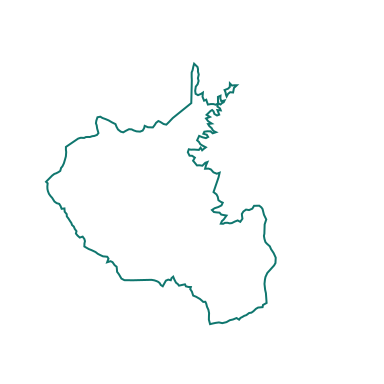 Pedregulho, São Paulo, Brazil, rotated 38°
{"feature_id": "56859067B25451774631659", "entity_name": "Pedregulho", "entity_type": "district", "adm_level": 2, "iso_a3": "BRA", "parent_name": "Brazil", "parent_adm1": "São Paulo", "projection": "albers", "projection_center": [-47.446, -20.16], "detail": "fine", "context": "isolated", "style": "outline", "palette": "teal", "viewbox_px": 384, "rotation_deg": 38, "n_neighbors": 0, "source": "geoboundaries", "source_scale": "gbopen_adm2", "svg_char_len": 4335}
<svg xmlns="http://www.w3.org/2000/svg" viewBox="0 0 384 384"><g transform="rotate(38 192 192)"><path d="M318.5,239.3L317.5,237.3L319.1,233.5L312.5,226.2L309.8,224.0L305.7,219.8L303.4,216.1L302.2,213.7L301.2,209.4L301.9,199.3L301.5,196.6L298.4,192.2L294.0,189.9L292.0,189.2L289.5,188.4L286.8,186.9L282.5,186.6L280.6,186.2L277.9,184.3L275.7,182.3L274.7,180.3L269.2,172.8L267.4,167.9L262.7,165.6L258.1,162.0L256.1,161.4L253.4,161.4L249.4,164.7L249.8,168.0L248.1,171.1L245.4,172.6L244.5,175.8L244.8,178.6L246.2,180.1L248.2,182.0L248.4,185.8L245.5,186.3L243.9,189.0L242.5,192.0L241.0,193.5L238.9,194.4L237.0,196.0L236.1,197.9L234.2,199.2L233.5,196.6L233.9,194.1L233.7,189.3L230.9,190.8L228.9,191.8L226.4,191.3L224.0,192.9L221.6,194.3L218.8,193.9L219.8,190.9L222.0,187.6L223.5,184.4L222.8,181.5L220.8,182.0L217.9,182.2L215.2,179.9L212.8,178.8L209.0,178.8L203.9,164.1L201.9,159.8L200.3,162.3L196.8,163.3L194.7,162.9L192.9,162.6L190.6,163.4L188.0,165.6L186.6,162.3L185.7,158.9L184.5,160.8L184.0,164.9L181.7,166.2L179.5,168.0L176.1,167.2L173.6,166.7L173.1,163.2L169.8,163.4L167.7,164.9L164.2,163.2L163.2,160.3L165.1,159.3L167.5,157.3L171.5,154.6L171.5,151.8L174.3,152.9L174.7,150.8L175.4,148.3L171.5,149.0L169.0,149.2L166.8,148.3L164.2,148.1L163.7,145.8L163.1,143.4L166.6,142.4L169.8,141.0L170.8,138.7L168.4,137.8L165.1,139.1L164.6,136.9L166.6,134.8L169.2,132.8L172.2,133.0L174.1,130.1L171.9,130.6L170.0,130.4L168.2,129.6L165.1,129.4L162.8,128.6L165.4,125.9L161.3,126.3L157.8,125.4L159.9,121.8L156.0,122.2L156.4,119.3L156.7,116.9L157.4,115.0L159.3,115.2L161.6,116.7L164.6,116.3L165.8,114.3L163.8,113.1L161.6,111.8L164.4,110.0L162.6,108.9L159.4,109.0L158.0,106.2L157.0,108.6L154.8,109.5L152.6,111.2L150.7,113.3L148.3,111.8L146.4,110.5L145.3,112.6L141.7,110.5L139.4,107.0L138.7,109.1L137.1,112.0L134.4,112.4L132.2,110.3L130.1,106.6L130.1,103.6L128.8,100.4L126.6,98.7L125.0,95.3L122.6,93.5L121.1,91.5L119.4,90.1L114.7,89.6L115.9,92.5L117.5,95.7L118.1,97.9L119.3,99.5L120.8,101.4L123.1,104.1L136.7,122.4L131.3,145.6L130.8,150.9L130.3,154.7L127.8,155.9L123.8,156.3L121.8,156.8L121.1,159.6L121.4,162.4L121.4,165.2L119.5,166.6L117.4,168.1L114.0,169.0L115.0,171.3L115.3,174.0L113.9,176.4L110.9,178.4L108.0,179.4L105.9,179.8L103.7,181.3L102.2,184.5L101.1,187.3L98.7,188.3L95.2,188.3L92.4,187.1L89.9,185.6L86.1,186.4L82.2,186.9L78.9,187.8L75.9,188.8L73.4,189.1L71.5,191.3L72.7,194.7L74.0,197.0L75.8,198.1L78.2,200.4L80.3,201.9L82.0,203.2L82.0,205.5L80.5,208.0L79.0,209.5L77.7,211.5L76.1,212.7L74.6,214.0L73.7,215.8L70.9,217.8L69.4,220.0L64.9,234.1L66.6,236.3L68.3,238.0L70.7,241.6L72.1,245.0L73.4,248.3L74.1,251.6L74.0,253.6L75.2,256.5L74.5,258.6L73.5,260.8L72.4,262.5L71.7,265.2L71.4,267.8L71.0,271.2L70.7,273.8L72.9,274.0L74.6,276.7L76.2,278.6L77.9,280.0L80.4,281.5L83.1,282.3L85.4,282.7L89.5,284.2L92.2,284.1L94.7,283.1L97.1,284.0L99.6,285.5L101.6,283.5L103.8,285.9L106.9,286.6L108.4,288.3L111.1,289.0L113.5,289.9L116.0,290.7L117.9,291.9L120.1,292.0L122.4,293.3L125.1,294.0L126.1,296.2L128.6,296.8L131.6,297.0L133.3,294.5L136.1,295.3L137.9,296.6L138.9,298.7L140.7,301.2L143.1,300.9L145.8,300.5L148.5,299.7L152.9,298.7L155.8,298.7L158.5,298.2L161.5,297.5L163.3,296.3L165.1,295.2L167.2,295.9L168.4,299.6L170.4,296.7L172.5,296.2L176.1,297.3L178.6,297.3L180.0,298.7L182.1,301.0L185.0,301.8L189.7,303.7L193.0,303.1L199.7,298.0L214.1,286.2L216.7,284.8L219.0,284.0L220.8,283.6L222.7,283.7L224.6,284.5L227.0,284.3L226.0,277.9L227.2,275.7L229.6,274.6L228.9,272.5L229.3,270.3L231.9,271.8L235.2,273.3L237.6,273.3L239.4,273.8L241.7,271.0L243.3,269.1L245.3,270.1L247.9,268.9L249.6,267.6L250.4,269.6L253.3,270.6L256.7,272.9L259.8,272.0L262.1,271.7L264.0,271.4L266.2,271.5L268.5,271.7L270.1,270.3L271.9,271.2L274.5,273.2L277.4,274.7L280.0,276.9L281.8,279.4L283.9,282.2L285.6,283.5L287.6,285.0L289.6,282.5L291.2,280.6L293.5,278.2L296.6,276.7L299.3,273.3L300.7,269.8L302.8,267.2L304.7,263.9L307.7,263.6L307.7,261.4L308.6,259.5L309.4,257.4L310.6,255.6L311.5,252.2L313.1,250.5L313.8,248.2L314.3,244.7L315.2,242.4L318.5,239.3ZM160.5,95.4L160.0,92.5L160.6,89.9L163.1,88.3L161.0,84.1L161.6,80.3L159.9,81.6L157.9,83.5L155.0,83.1L157.1,85.9L156.8,88.4L154.9,91.6L157.2,92.9L158.8,94.4L160.5,95.4ZM158.0,106.2L160.6,105.5L160.9,103.5L161.7,101.8L161.3,99.8L159.2,102.4L156.8,100.9L155.2,98.6L153.9,101.1L158.0,106.2Z" fill="none" stroke="#0f766e" stroke-width="2"/></g></svg>